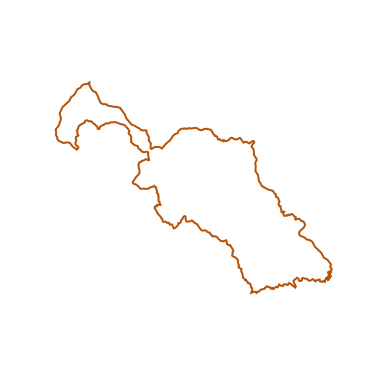 Condoto, Chocó, Colombia, rotated 235°
{"feature_id": "7082276B80062952170187", "entity_name": "Condoto", "entity_type": "district", "adm_level": 2, "iso_a3": "COL", "parent_name": "Colombia", "parent_adm1": "Chocó", "projection": "mercator", "projection_center": [-76.519, 5.096], "detail": "fine", "context": "isolated", "style": "outline", "palette": "amber", "viewbox_px": 384, "rotation_deg": 235, "n_neighbors": 0, "source": "geoboundaries", "source_scale": "gbopen_adm2", "svg_char_len": 6034}
<svg xmlns="http://www.w3.org/2000/svg" viewBox="0 0 384 384"><g transform="rotate(235 192 192)"><path d="M235.8,239.7L236.7,238.1L236.6,236.6L237.3,235.6L237.3,234.9L239.0,233.5L240.2,233.4L242.7,231.6L244.7,227.2L246.0,226.5L246.6,224.0L248.0,223.2L248.1,222.1L249.6,220.3L249.7,219.5L250.0,219.1L249.8,216.1L248.3,213.9L249.2,211.6L248.7,207.9L247.1,204.5L246.4,198.0L244.9,192.3L247.1,191.4L249.9,188.1L250.5,185.5L250.4,183.6L250.8,183.3L251.9,183.3L255.3,186.1L259.2,186.3L262.0,188.3L266.5,188.7L268.1,189.9L268.9,189.7L270.6,187.0L272.1,185.8L274.0,185.5L277.0,183.8L278.9,183.3L281.1,181.6L282.6,181.0L290.4,180.5L293.7,181.4L302.1,181.4L305.1,178.9L306.5,177.0L311.1,172.6L313.0,172.2L314.9,169.6L316.7,168.5L318.6,168.4L323.7,169.7L327.8,170.3L329.1,170.3L330.7,169.2L332.6,168.7L334.5,168.7L338.4,169.2L340.6,170.8L340.6,168.0L342.3,165.1L342.3,162.4L341.4,160.8L341.9,156.9L339.7,152.7L339.1,150.7L339.0,147.4L337.0,143.7L335.8,134.7L332.5,128.9L331.3,128.2L328.3,127.3L326.6,126.2L322.6,120.5L321.8,117.1L321.1,115.9L319.2,115.2L316.5,113.2L313.8,112.9L312.7,112.1L310.1,112.2L307.8,113.9L306.6,114.2L305.7,115.2L304.2,118.4L302.2,120.1L298.2,120.3L295.6,120.9L294.2,121.7L292.9,121.8L293.2,124.0L294.0,124.7L297.5,123.9L298.4,124.1L300.9,126.9L302.4,127.5L303.6,128.4L303.4,131.3L305.3,131.4L306.8,132.6L308.5,133.0L309.1,135.1L310.8,136.7L311.1,138.7L310.5,143.6L311.7,145.6L310.8,147.3L308.8,148.2L308.1,149.6L307.3,150.2L305.1,150.4L303.0,151.3L299.5,151.9L298.0,151.0L297.4,151.3L296.9,152.2L297.4,152.6L297.5,153.5L298.3,154.5L298.3,155.4L297.7,157.9L297.6,160.8L295.9,163.2L295.6,165.6L292.9,169.6L288.0,172.9L287.0,174.2L285.4,175.1L281.0,175.8L277.6,175.6L276.8,173.9L275.2,173.7L273.9,174.2L271.5,173.5L269.8,172.0L268.6,171.7L267.8,170.7L267.3,171.0L263.8,171.6L260.8,173.8L258.2,173.1L257.0,173.8L256.1,173.7L255.0,174.3L254.0,174.1L252.2,175.3L250.9,178.1L250.1,178.7L249.3,178.7L247.8,177.4L242.8,175.2L243.0,174.4L244.3,173.9L245.4,172.8L245.7,169.9L246.3,168.7L246.0,167.4L246.6,166.1L245.3,164.0L242.7,162.5L239.2,161.0L237.2,159.2L236.3,154.7L234.5,149.9L233.5,148.8L232.9,148.8L231.7,149.1L230.9,150.1L230.3,150.4L227.9,151.2L224.1,151.7L222.4,154.5L221.0,155.9L220.1,157.7L219.5,159.4L219.6,161.3L218.7,163.2L218.7,164.5L217.7,164.5L216.4,165.2L214.6,164.3L212.5,163.8L211.7,162.8L209.7,163.2L209.3,162.6L207.6,162.2L207.2,161.4L206.0,161.1L203.8,159.3L202.2,159.8L201.2,158.9L199.6,158.8L200.8,156.8L201.5,156.2L200.4,154.9L201.2,154.1L201.3,153.4L201.0,152.7L200.4,152.2L198.3,152.0L197.2,152.2L195.2,151.6L193.5,151.6L189.2,152.1L187.6,151.8L187.0,152.2L184.5,151.2L183.6,151.8L182.9,153.4L181.3,153.7L180.0,155.4L178.0,155.1L177.7,156.0L176.8,157.0L172.6,156.2L172.2,157.5L172.6,160.5L173.0,161.8L174.3,162.9L173.5,164.1L173.5,164.7L173.8,165.5L175.1,166.8L175.3,168.6L176.6,170.6L176.6,171.8L176.1,172.6L175.5,172.6L174.0,171.5L171.3,170.4L170.3,171.2L169.0,173.8L168.9,175.4L168.3,175.9L165.6,176.2L162.7,177.7L156.5,177.6L155.1,178.0L154.2,178.5L153.1,180.8L151.9,181.6L150.9,181.5L149.4,182.3L148.5,183.2L147.4,182.9L145.3,183.4L144.1,183.1L143.1,184.9L141.7,185.9L141.2,186.6L138.4,186.8L135.0,187.6L134.6,188.5L133.5,189.5L132.9,192.3L131.2,192.0L129.5,190.8L126.8,191.9L126.6,192.8L120.7,192.4L119.8,191.7L119.7,190.8L118.7,190.4L117.4,188.8L116.3,188.4L112.8,190.3L109.5,190.4L107.1,188.8L105.6,188.4L104.9,188.6L103.9,187.1L102.9,187.1L100.7,188.4L99.2,187.0L95.9,186.3L92.4,184.6L90.9,185.3L89.5,185.0L88.9,185.9L88.0,185.5L86.9,186.0L85.2,185.6L84.1,186.8L83.3,186.9L80.8,186.3L79.9,185.7L78.8,186.1L77.2,185.0L75.4,182.7L74.8,185.3L74.1,186.4L73.5,186.9L72.3,186.9L72.7,188.5L72.1,189.7L72.5,192.9L71.3,195.2L71.2,196.4L71.7,196.9L71.5,197.8L71.9,199.1L70.3,200.1L69.8,200.8L68.9,200.9L68.5,201.5L68.1,201.3L67.3,201.5L67.5,202.2L67.1,203.2L66.1,202.7L65.8,202.9L66.1,206.6L64.8,207.5L66.2,210.4L64.6,210.8L62.9,212.4L62.8,212.8L63.6,213.6L63.7,214.2L63.1,215.4L60.9,217.0L61.6,218.6L61.7,219.4L54.5,221.8L55.2,223.0L59.8,223.5L61.1,224.5L61.5,228.9L59.7,229.5L58.2,228.8L57.2,229.3L56.5,230.9L56.9,231.5L58.2,232.3L57.9,233.6L56.6,234.4L55.8,235.6L54.9,236.3L53.7,236.8L53.1,236.5L51.8,237.5L51.4,238.5L51.6,240.0L51.3,240.9L50.6,241.4L48.9,241.3L48.7,241.9L48.0,242.2L48.4,243.1L47.9,243.6L47.9,244.7L47.2,245.3L47.1,246.4L46.1,246.3L45.3,245.6L43.9,246.8L43.7,248.5L42.2,249.0L42.2,249.6L43.8,250.8L44.0,252.0L44.6,252.4L44.2,253.2L44.5,254.0L43.6,253.9L42.5,252.7L41.8,252.8L41.7,253.3L41.9,253.8L44.5,255.5L44.2,256.0L43.0,255.5L42.6,255.6L42.7,256.2L43.4,256.7L43.5,257.7L45.2,257.6L46.2,256.7L47.1,257.3L48.2,257.3L48.1,258.3L46.2,258.8L46.5,259.9L47.8,259.3L48.1,259.9L47.8,261.1L48.3,262.0L49.5,262.4L51.4,262.2L52.6,264.0L53.4,264.3L58.8,264.1L62.6,262.3L68.0,263.0L76.7,261.3L82.4,262.0L84.4,261.2L87.7,258.6L90.3,258.0L94.0,255.6L95.7,255.5L97.4,256.6L98.2,257.9L98.6,262.7L99.5,264.8L100.7,266.0L103.2,266.4L104.1,266.3L105.1,265.0L107.6,264.8L108.6,264.4L109.2,263.7L109.8,261.4L110.2,260.9L110.8,261.0L111.5,262.3L112.2,262.6L113.2,261.9L116.3,261.4L117.1,260.3L117.0,258.6L118.2,257.9L118.0,256.6L118.6,256.3L119.0,254.6L119.8,253.8L122.1,254.3L123.0,256.1L123.6,255.4L123.6,254.4L124.3,253.8L125.9,254.8L128.9,255.7L129.6,256.4L130.4,255.6L132.0,255.6L133.1,256.7L133.4,257.5L134.5,258.4L135.5,258.2L136.8,259.0L138.5,258.9L139.6,258.1L142.0,259.3L142.8,258.8L146.6,258.9L150.6,255.6L156.7,252.7L158.2,252.7L159.7,253.2L162.2,253.0L168.2,255.8L172.6,255.9L177.0,259.3L179.0,260.0L179.9,261.0L181.0,263.2L182.2,263.9L186.6,264.0L191.1,266.7L195.0,266.9L196.1,268.5L196.9,271.2L197.8,271.9L199.0,270.8L199.1,268.8L198.8,267.3L199.2,266.5L201.7,265.5L202.4,264.5L202.9,262.5L208.5,262.4L208.9,262.1L209.2,259.5L210.2,257.8L211.1,256.9L212.9,256.3L214.0,255.1L214.1,254.3L213.6,252.9L213.9,249.5L214.7,248.3L215.4,248.2L215.5,247.3L216.1,247.5L216.0,247.0L216.6,246.8L216.6,246.0L218.1,245.2L219.5,244.9L219.9,243.5L222.6,244.2L224.1,243.8L224.8,242.9L225.9,243.2L227.2,242.7L230.4,243.2L232.4,243.0L235.8,239.7Z" fill="none" stroke="#b45309" stroke-width="2"/></g></svg>